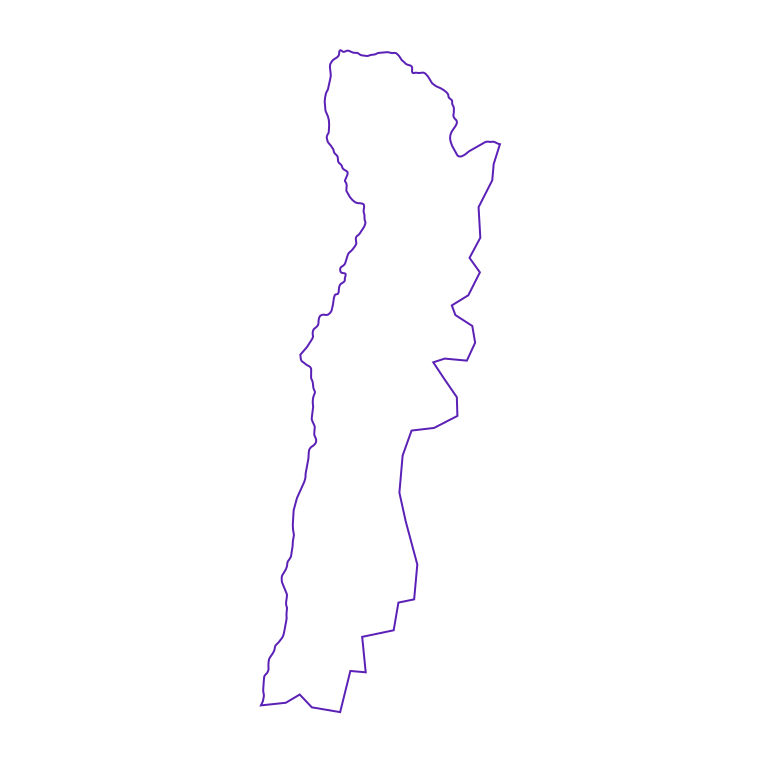 SVG path tracing the border of Alaotra-Mangoro, rotated 5°
{"feature_id": "MDG-5860", "entity_name": "Alaotra-Mangoro", "entity_type": "Autonomous Province", "adm_level": 1, "iso_a3": "MDG", "parent_name": "Madagascar", "parent_adm1": "", "projection": "albers", "projection_center": [48.177, -18.018], "detail": "fine", "context": "isolated", "style": "outline", "palette": "violet", "viewbox_px": 768, "rotation_deg": 5, "n_neighbors": 0, "source": "natural_earth", "source_scale": "10m", "svg_char_len": 5264}
<svg xmlns="http://www.w3.org/2000/svg" viewBox="0 0 768 768"><g transform="rotate(5 384 384)"><path d="M293.8,677.5L293.3,673.9L293.3,669.5L293.6,667.9L294.0,666.7L296.4,662.5L297.6,659.9L298.1,657.9L298.3,655.6L298.6,654.3L299.1,653.4L301.5,650.6L304.5,645.9L305.2,644.4L305.6,643.1L306.1,640.2L307.3,628.1L307.4,625.7L306.9,622.1L306.9,615.5L305.8,612.7L305.6,611.3L305.5,609.5L305.8,604.0L305.7,602.5L305.4,601.5L299.6,590.3L299.3,588.8L299.0,586.3L299.0,584.8L299.3,583.5L302.2,577.6L303.0,575.1L303.3,573.3L303.3,570.9L303.5,569.6L303.9,568.6L304.8,567.3L305.5,565.9L306.3,564.1L306.5,562.3L307.1,553.3L306.9,549.1L307.4,542.8L307.3,541.7L306.0,536.6L305.4,532.1L305.0,517.7L307.2,505.3L313.1,488.4L313.8,485.1L313.9,482.7L313.7,480.4L315.2,464.8L315.0,458.1L315.2,456.4L315.5,455.4L315.8,454.8L316.7,453.4L319.6,450.9L320.3,450.0L321.2,448.3L321.4,447.0L321.3,445.8L321.1,444.8L320.7,444.0L319.3,441.5L318.9,440.2L318.8,438.4L318.8,433.3L318.5,431.9L315.8,427.1L315.2,425.9L315.0,424.3L315.4,412.8L315.4,412.4L315.2,411.8L314.6,408.6L314.5,404.9L314.8,402.8L315.2,401.1L315.8,399.4L315.9,398.2L315.7,397.3L314.6,395.5L313.9,393.7L313.1,389.5L312.5,387.5L311.1,385.0L310.8,384.0L310.2,375.8L309.9,374.8L309.4,374.0L308.8,373.4L308.0,372.9L305.2,371.7L303.7,370.7L303.0,370.2L300.5,368.7L299.8,368.1L299.2,367.0L298.9,366.1L298.1,362.1L304.0,354.0L308.6,345.2L309.2,343.1L308.7,340.9L308.5,339.5L308.6,337.4L309.0,336.1L309.5,335.2L311.5,333.3L312.8,331.7L313.3,330.3L313.4,329.1L313.3,326.2L313.6,323.7L314.1,322.4L314.6,321.5L315.2,321.1L315.7,320.8L316.5,320.5L317.3,320.2L318.4,320.2L319.5,320.3L320.7,320.2L322.0,319.9L324.0,318.0L324.9,316.6L325.4,315.2L326.2,309.5L326.6,302.7L327.2,299.9L328.0,299.0L330.0,298.4L330.5,297.6L330.8,296.5L330.8,292.2L331.2,289.8L331.9,288.5L332.7,287.7L334.5,286.3L335.7,285.1L335.9,284.1L335.8,281.8L336.2,279.9L336.3,278.7L336.1,277.7L335.3,277.2L332.0,276.9L331.2,276.2L330.6,275.2L330.3,273.4L330.5,272.2L331.0,271.3L333.3,269.4L334.3,268.2L334.9,266.7L336.6,258.8L337.1,257.4L337.7,256.3L339.4,254.6L340.7,253.0L342.9,249.6L343.8,247.7L344.2,246.2L343.4,242.9L343.2,241.0L343.6,239.9L344.1,239.0L345.5,237.8L346.6,236.4L350.4,229.3L351.2,226.8L351.5,225.0L351.2,224.0L350.8,223.1L350.4,222.0L350.1,220.5L349.9,218.0L349.5,216.5L349.1,215.5L348.7,214.2L348.6,212.4L348.8,209.3L348.5,207.7L347.9,206.7L347.0,206.3L344.8,206.0L342.5,206.1L341.3,206.0L340.3,205.7L339.3,205.4L336.3,203.3L333.7,200.7L329.7,194.9L329.6,194.0L329.5,189.3L329.0,187.6L328.3,186.4L327.5,185.5L327.4,184.6L329.3,178.6L329.4,177.0L329.0,175.8L328.3,175.3L326.6,174.4L325.7,174.0L324.9,173.5L324.2,172.9L323.7,172.2L322.9,170.4L322.4,169.6L321.7,169.0L321.0,168.4L320.2,167.9L319.5,167.2L318.9,166.2L318.3,162.9L318.0,161.7L317.5,160.9L316.9,160.3L315.6,159.2L314.7,158.4L314.2,157.8L313.8,157.0L313.2,155.0L312.7,154.2L312.1,153.5L311.5,152.8L310.4,151.3L307.8,148.8L306.7,147.3L305.9,145.0L305.4,143.2L305.6,141.8L306.0,140.5L306.8,138.9L307.0,137.5L306.8,130.8L306.1,126.1L305.5,124.2L304.8,122.3L302.1,117.3L301.8,116.4L300.3,107.8L300.3,104.3L300.8,99.8L301.1,98.7L302.3,95.8L302.6,94.5L304.0,83.4L304.1,81.7L303.8,79.4L302.5,73.0L302.5,71.3L302.6,70.0L303.8,67.4L304.9,65.8L306.2,64.6L308.4,63.0L309.8,61.5L310.4,60.2L310.5,58.9L310.5,56.7L310.9,55.7L311.6,55.3L312.5,55.6L314.0,56.5L314.9,56.6L315.4,56.5L316.2,56.2L317.7,55.3L318.7,55.1L319.6,55.1L320.6,55.3L322.4,56.0L324.4,56.6L326.6,56.6L327.6,56.5L328.7,56.5L329.6,56.9L331.3,57.9L332.2,58.3L333.2,58.5L337.6,58.7L338.8,58.7L339.8,58.4L340.7,58.0L341.5,57.6L342.5,57.3L345.6,56.6L346.6,56.3L349.0,54.9L350.0,54.6L358.6,53.1L360.8,53.3L361.8,53.5L362.9,53.6L364.0,53.5L365.9,53.2L366.9,53.3L367.7,53.7L368.5,54.2L370.5,56.0L373.3,59.6L374.0,60.2L376.3,61.8L377.6,63.0L378.5,63.5L379.4,63.8L382.7,64.5L383.5,64.9L384.1,65.6L384.5,66.6L384.7,70.2L385.0,71.0L385.6,71.6L386.4,71.7L388.1,71.2L389.2,71.1L391.5,71.2L395.6,70.4L396.6,70.5L397.5,70.8L398.9,71.8L400.9,73.7L405.8,80.3L409.0,82.3L410.7,83.1L414.6,84.4L418.1,86.1L421.1,88.2L422.4,89.6L422.8,90.4L423.3,92.4L423.8,93.2L424.6,93.8L426.1,94.8L426.8,95.3L427.2,96.1L427.5,98.9L427.9,99.8L428.9,101.3L429.3,102.2L429.6,103.2L429.9,107.8L429.7,109.8L429.8,110.9L430.1,111.8L430.6,112.6L431.2,113.3L433.2,115.1L433.6,116.0L433.8,117.0L433.8,118.0L433.5,119.0L432.7,120.9L429.9,125.8L429.1,127.6L428.6,129.6L428.4,130.8L428.4,133.2L428.8,135.3L429.5,137.3L431.1,140.8L436.8,149.3L437.4,150.0L438.2,150.5L439.2,150.8L440.3,150.7L441.2,150.5L442.1,150.1L443.7,149.1L445.1,148.0L448.4,144.8L463.6,134.3L464.5,133.9L465.5,133.6L466.5,133.5L468.7,133.6L471.7,133.1L472.8,133.2L476.5,134.6L477.5,134.9L478.6,135.0L474.1,155.3L474.1,171.6L462.8,199.6L467.2,229.9L458.2,250.9L469.8,264.4L460.3,288.2L444.7,299.8L449.1,309.1L466.9,318.5L471.2,334.9L464.5,353.5L442.3,353.4L431.2,358.1L442.3,372.1L457.7,390.8L459.9,409.4L437.7,423.4L415.5,428.0L408.8,453.6L408.8,490.9L417.6,518.9L432.9,560.9L432.8,595.9L417.4,600.5L415.1,628.5L384.3,637.8L390.9,672.8L375.5,672.8L368.9,714.7L340.3,712.4L327.1,700.7L314.0,710.1L289.4,714.9L291.0,710.6L291.5,705.9L291.5,704.8L291.2,703.3L290.7,701.5L290.3,699.4L290.1,688.0L290.2,685.8L290.8,684.5L292.9,681.8L293.5,680.1L293.8,678.7L293.8,677.5Z" fill="none" stroke="#5b21b6" stroke-width="2"/></g></svg>